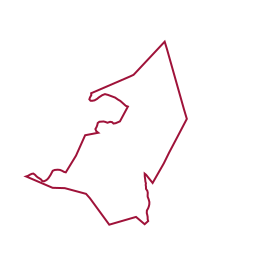 the district of Novo Oriente do Piauí, Piauí, Brazil, rotated 30°
{"feature_id": "56859067B12643710449311", "entity_name": "Novo Oriente do Piauí", "entity_type": "district", "adm_level": 2, "iso_a3": "BRA", "parent_name": "Brazil", "parent_adm1": "Piauí", "projection": "robinson", "projection_center": [-42.009, -6.478], "detail": "fine", "context": "isolated", "style": "outline", "palette": "rose", "viewbox_px": 256, "rotation_deg": 30, "n_neighbors": 0, "source": "geoboundaries", "source_scale": "gbopen_adm2", "svg_char_len": 1375}
<svg xmlns="http://www.w3.org/2000/svg" viewBox="0 0 256 256"><g transform="rotate(30 128 128)"><path d="M64.0,220.9L92.6,217.5L103.3,211.7L124.6,206.0L130.2,207.9L160.1,221.1L179.4,201.0L190.5,203.0L192.0,198.5L190.6,197.1L189.5,195.2L188.1,193.6L186.8,192.3L185.6,190.0L185.6,187.5L185.2,185.3L184.6,183.4L183.5,181.4L181.5,179.4L179.4,177.7L178.4,176.0L177.5,174.2L176.1,172.7L174.0,171.7L172.9,169.8L171.8,168.5L171.2,167.0L169.8,165.6L168.5,163.8L166.7,161.5L165.3,159.2L167.1,159.5L176.8,163.3L176.7,140.8L175.9,128.7L175.2,110.2L174.4,90.7L167.1,83.8L122.2,40.1L116.6,34.9L106.8,76.8L106.2,79.2L104.1,82.2L78.7,116.3L79.8,117.9L79.8,120.6L80.2,122.5L81.9,123.1L83.3,122.4L85.2,120.8L86.7,118.2L87.4,116.2L89.3,112.4L91.1,110.2L94.3,109.3L95.7,109.1L98.6,108.6L101.6,108.1L105.2,108.4L107.8,108.4L109.8,108.8L115.0,109.9L117.2,109.5L117.7,126.3L114.9,130.0L113.2,131.4L111.3,130.9L109.4,131.6L107.6,133.7L105.2,134.1L103.5,134.6L102.2,135.5L100.1,136.9L99.3,138.8L100.0,141.1L100.3,143.2L100.3,145.2L102.1,146.6L104.6,147.0L94.5,155.7L96.8,177.9L96.3,197.5L94.6,198.0L92.4,198.0L90.1,198.3L87.9,199.3L85.5,201.0L84.2,202.7L84.3,205.1L84.4,207.3L84.2,210.8L83.8,212.8L83.2,214.2L81.9,216.2L80.0,216.8L78.7,216.1L76.4,215.9L74.7,215.9L72.8,215.6L70.9,215.0L68.8,214.8L67.5,215.9L66.4,217.5L65.4,219.3L64.0,220.9Z" fill="none" stroke="#9f1239" stroke-width="2"/></g></svg>